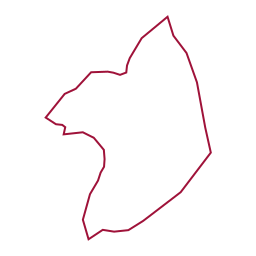 outline of Velike Lašče, rotated 268°
{"feature_id": "SVN-1000", "entity_name": "Velike Lašče", "entity_type": "Municipality", "adm_level": 1, "iso_a3": "SVN", "parent_name": "Slovenia", "parent_adm1": "", "projection": "robinson", "projection_center": [14.586, 45.849], "detail": "fine", "context": "isolated", "style": "outline", "palette": "rose", "viewbox_px": 256, "rotation_deg": 268, "n_neighbors": 0, "source": "natural_earth", "source_scale": "10m", "svg_char_len": 581}
<svg xmlns="http://www.w3.org/2000/svg" viewBox="0 0 256 256"><g transform="rotate(268 128 128)"><path d="M34.7,140.0L25.9,124.8L24.9,110.5L27.1,99.2L18.2,84.7L37.9,79.7L63.2,87.7L76.5,96.2L84.4,99.1L90.1,102.7L97.7,103.5L107.0,103.1L119.4,93.5L125.3,82.7L123.9,63.5L131.0,65.3L133.4,62.4L134.3,56.1L141.3,46.1L164.3,65.9L169.1,77.3L185.0,93.1L185.0,109.7L183.8,115.3L181.4,121.9L183.5,128.2L190.5,129.2L197.8,132.2L217.3,144.8L237.8,171.4L218.7,176.6L200.9,189.1L171.2,198.5L125.8,205.2L100.5,209.9L62.0,178.4L34.7,140.0Z" fill="none" stroke="#9f1239" stroke-width="2"/></g></svg>